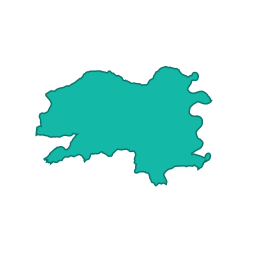 Varadia De Mures, Arad, Romania, rotated 238°
{"feature_id": "2599482B27898501317074", "entity_name": "Varadia De Mures", "entity_type": "district", "adm_level": 2, "iso_a3": "ROU", "parent_name": "Romania", "parent_adm1": "Arad", "projection": "albers", "projection_center": [22.152, 46.066], "detail": "fine", "context": "isolated", "style": "filled", "palette": "teal", "viewbox_px": 256, "rotation_deg": 238, "n_neighbors": 0, "source": "geoboundaries", "source_scale": "gbopen_adm2", "svg_char_len": 5805}
<svg xmlns="http://www.w3.org/2000/svg" viewBox="0 0 256 256"><g transform="rotate(238 128 128)"><path d="M149.8,202.0L152.5,200.8L153.3,199.4L154.2,198.4L157.5,195.5L157.5,194.4L159.5,193.1L159.8,192.7L160.4,191.5L160.9,188.9L161.2,188.0L161.0,185.7L160.5,184.5L160.3,182.8L160.6,181.5L160.2,181.0L160.1,180.6L159.2,179.2L158.5,177.6L157.5,176.4L156.8,175.9L156.6,175.5L156.9,173.5L156.9,171.5L155.5,168.9L154.9,168.5L154.8,168.0L154.8,166.5L156.4,164.0L156.9,162.4L158.7,161.7L159.4,161.0L161.1,158.7L162.9,156.9L163.1,156.6L163.5,155.3L164.3,154.4L165.2,153.9L166.2,153.5L169.8,151.1L169.7,150.5L170.7,149.4L171.2,149.2L173.7,149.5L174.4,149.3L175.1,149.0L176.4,148.1L177.0,148.0L177.5,147.7L178.0,146.6L178.7,145.6L180.8,144.8L181.6,144.9L182.4,144.2L182.7,143.3L183.4,143.4L184.4,143.0L185.3,143.1L186.1,142.3L186.4,141.7L185.9,140.5L185.9,139.7L186.2,138.9L187.3,138.3L188.3,137.1L189.5,136.0L189.7,135.5L190.7,135.0L191.2,134.5L192.7,131.9L193.3,130.5L194.0,129.8L194.5,128.6L194.8,128.2L195.1,127.5L195.5,127.2L196.0,126.1L196.4,125.3L196.4,124.1L196.9,123.6L197.2,122.3L197.1,121.4L196.8,120.4L196.9,119.0L196.4,118.1L195.9,117.4L195.2,115.6L195.2,115.0L194.8,114.3L195.5,113.3L195.1,110.9L195.1,110.1L194.9,108.5L194.6,107.0L195.0,103.2L194.6,100.2L195.7,99.2L196.3,97.8L196.4,95.4L196.9,93.7L197.7,91.7L198.3,89.8L198.4,87.6L198.1,85.2L199.0,83.9L200.3,82.4L200.3,78.0L200.3,76.5L199.0,75.6L193.3,76.5L189.9,76.3L188.1,75.0L185.2,70.0L184.3,68.9L184.5,65.9L185.0,64.2L186.1,63.3L186.4,62.3L186.4,60.8L184.8,58.9L184.1,58.6L182.5,58.5L181.0,58.1L179.7,57.3L178.9,56.7L176.7,55.9L176.2,55.4L175.4,55.3L176.3,54.2L176.7,52.8L176.6,52.2L176.7,51.3L176.4,50.7L175.1,49.9L174.8,50.0L174.9,49.6L174.5,49.3L172.2,47.5L172.4,47.8L171.8,47.7L172.1,47.4L171.6,47.1L170.5,46.3L170.3,48.0L168.5,50.0L167.3,52.3L166.2,53.1L163.7,55.9L162.2,56.6L161.6,57.6L160.7,58.2L160.3,59.9L159.3,60.9L158.3,63.2L156.6,65.0L155.9,69.7L154.5,71.7L152.5,74.0L151.8,75.6L151.9,77.2L152.6,78.0L152.6,78.3L151.4,79.4L150.8,80.5L149.8,81.1L149.5,81.6L149.3,80.0L148.4,78.1L148.0,76.2L146.6,73.7L146.2,72.2L145.6,71.2L144.0,70.0L142.5,67.5L142.6,66.9L142.1,65.5L142.1,65.0L142.2,64.4L142.8,63.5L143.7,63.2L145.5,63.0L146.4,62.4L147.7,61.3L148.1,60.5L148.2,59.0L148.5,58.6L148.9,58.3L149.1,57.9L149.1,57.4L148.8,56.8L148.7,56.4L148.9,56.0L149.0,54.6L148.8,54.4L147.7,48.1L147.1,47.6L146.4,45.1L146.0,42.9L146.3,41.9L146.1,40.4L145.5,40.5L145.4,40.8L145.5,41.3L145.2,41.0L145.2,41.4L145.0,41.5L144.7,41.2L144.6,41.3L144.4,42.0L144.2,42.5L143.9,42.7L143.9,42.2L143.5,41.9L143.4,42.6L143.2,42.6L143.0,42.1L142.2,40.9L141.9,41.5L142.0,41.9L141.6,42.3L140.4,42.5L140.3,43.1L139.9,43.8L139.1,43.8L139.2,44.5L138.7,43.9L139.1,46.6L138.8,47.3L137.6,48.0L136.7,49.4L136.5,50.6L136.9,52.0L136.4,53.3L135.5,54.7L136.4,56.4L136.8,58.6L136.5,60.1L135.1,61.8L134.9,63.2L134.8,65.1L132.4,66.8L131.8,71.5L131.3,72.8L128.5,74.3L127.6,74.4L126.5,74.1L124.6,74.7L124.3,74.0L123.9,73.7L122.5,73.3L123.1,75.9L122.7,77.0L122.5,78.7L123.7,80.5L125.2,82.1L125.6,83.0L125.1,84.2L124.4,84.5L123.9,86.2L123.6,86.8L122.9,87.7L122.3,88.7L121.9,89.9L122.1,92.0L121.4,93.5L120.3,93.5L119.7,94.1L116.7,95.8L115.7,96.0L114.4,96.5L114.1,97.4L113.1,98.4L113.1,99.7L114.3,101.4L115.4,105.9L115.5,108.0L112.8,111.0L112.8,112.1L111.8,113.3L111.3,115.1L108.6,117.1L107.7,116.9L106.6,117.9L105.6,120.1L105.0,120.8L103.1,121.0L102.3,120.8L100.7,120.0L99.9,118.9L98.5,117.2L98.0,116.9L96.9,116.8L96.5,116.6L96.1,115.6L95.6,115.2L94.6,115.0L93.8,115.2L93.1,115.7L92.5,115.7L92.1,115.0L91.0,113.9L90.4,113.6L89.7,113.4L89.3,113.1L88.9,111.9L88.2,111.1L87.1,110.4L85.9,110.7L85.5,111.2L84.8,112.7L85.0,113.4L85.0,114.2L82.8,117.9L82.0,118.9L81.0,119.2L79.1,121.1L78.3,121.4L77.1,121.2L73.4,119.9L71.9,120.0L70.1,119.4L69.7,119.4L68.9,119.7L68.4,120.4L67.5,120.8L67.0,121.0L65.8,120.7L64.3,121.1L64.2,121.4L64.4,121.9L64.5,123.3L65.0,124.2L64.9,124.9L64.7,125.3L62.9,126.7L62.8,127.1L62.9,127.8L62.7,128.8L62.4,129.3L61.8,129.7L60.2,130.2L59.9,130.5L60.7,131.3L62.3,132.6L69.2,133.4L70.1,134.0L70.1,134.4L70.3,134.8L70.4,135.2L71.0,136.1L71.5,139.0L71.5,140.5L70.5,144.0L70.7,147.1L70.5,147.9L69.4,149.9L65.8,156.2L64.8,156.5L64.5,156.9L64.1,157.9L63.7,159.5L63.4,160.2L61.4,162.6L61.3,163.1L61.6,164.2L61.4,164.5L57.8,166.4L55.7,165.4L55.9,167.4L55.9,169.6L56.1,170.4L56.4,171.0L57.3,171.6L57.4,172.8L57.9,173.1L58.3,173.0L59.2,176.2L58.4,175.4L58.3,177.1L58.2,179.8L58.6,180.9L59.4,182.0L60.3,182.8L61.2,183.4L62.2,183.6L62.9,183.5L63.7,183.2L64.1,182.6L64.3,181.6L64.3,180.8L63.9,180.0L63.5,179.0L62.9,178.6L62.2,177.1L62.2,176.9L65.4,174.9L67.1,173.5L68.9,171.7L70.1,170.9L70.9,170.0L71.6,168.2L72.5,168.2L72.8,168.8L72.8,171.0L72.9,173.9L72.7,176.1L72.6,179.1L73.4,181.1L74.3,182.4L75.3,183.4L76.9,183.9L78.1,183.7L80.4,183.1L81.0,182.4L81.8,182.0L82.7,181.8L85.8,182.4L88.1,183.3L88.6,183.8L89.7,186.3L90.3,189.1L91.0,191.4L91.7,192.5L93.0,193.7L94.8,194.9L96.0,195.3L97.3,195.4L98.5,195.2L99.7,194.6L101.4,193.2L101.5,192.8L100.9,193.3L100.9,193.1L101.3,192.4L101.8,192.1L103.1,190.1L103.8,189.3L104.8,188.5L107.7,187.8L108.9,188.2L110.1,189.1L112.6,191.6L113.6,195.9L113.4,200.6L113.1,201.6L109.0,204.6L107.0,207.1L106.5,208.6L106.2,211.0L106.4,212.0L107.1,213.4L107.7,212.5L109.1,213.2L110.6,213.3L112.2,212.9L115.4,212.7L116.9,212.1L118.7,211.2L119.8,210.3L120.6,208.9L121.2,207.5L121.3,206.5L122.2,203.7L122.3,202.4L124.0,200.4L125.8,199.2L127.5,198.9L128.8,198.9L129.6,199.4L130.5,200.5L131.6,203.3L132.5,205.1L134.4,207.1L134.2,208.1L132.4,211.0L132.3,212.0L132.7,213.0L133.9,214.5L135.3,215.5L136.6,215.6L138.1,215.5L139.1,214.9L140.1,213.3L140.1,212.4L139.8,211.3L138.7,210.0L138.9,209.3L139.4,208.6L139.2,207.4L139.2,206.0L141.0,205.1L142.5,203.9L145.0,202.3L146.0,202.0L149.0,201.7L149.8,202.0Z" fill="#14b8a6" stroke="#0f766e" stroke-width="1.5"/></g></svg>